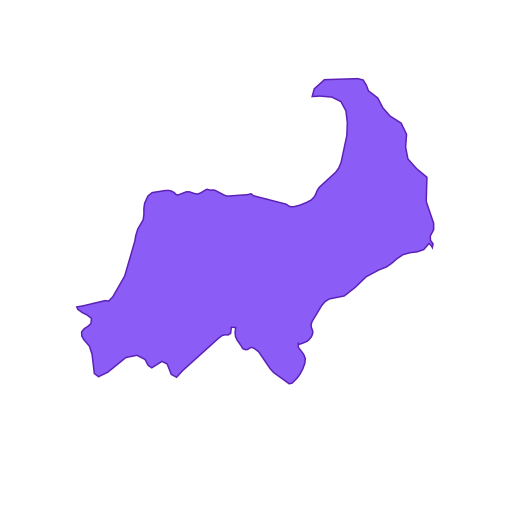 the border of Hatay, rotated 47°
{"feature_id": "TUR-2289", "entity_name": "Hatay", "entity_type": "Province", "adm_level": 1, "iso_a3": "TUR", "parent_name": "Turkey", "parent_adm1": "", "projection": "orthographic", "projection_center": [36.26, 36.42], "detail": "fine", "context": "isolated", "style": "filled", "palette": "violet", "viewbox_px": 512, "rotation_deg": 47, "n_neighbors": 0, "source": "natural_earth", "source_scale": "10m", "svg_char_len": 2142}
<svg xmlns="http://www.w3.org/2000/svg" viewBox="0 0 512 512"><g transform="rotate(47 256 256)"><path d="M370.0,121.2L369.7,121.1L367.2,120.8L364.8,120.9L365.7,129.0L362.8,135.4L358.5,141.3L355.2,147.8L354.1,155.1L353.9,161.5L353.0,168.0L349.9,175.8L346.3,189.7L346.6,204.4L345.4,218.7L337.5,231.5L336.4,236.4L337.1,241.9L342.2,259.8L343.6,262.3L345.4,263.9L349.7,265.8L350.9,266.8L352.2,269.0L353.0,271.2L353.3,273.7L353.3,276.6L351.5,281.6L350.1,284.6L348.9,284.7L351.6,287.3L360.4,288.2L364.7,289.9L367.8,293.5L370.4,298.6L372.3,304.0L373.3,308.7L373.6,316.2L372.1,318.9L353.2,322.6L348.1,322.5L327.9,319.4L323.0,320.2L320.0,321.3L319.0,323.4L318.7,325.8L317.4,327.6L315.2,328.7L313.7,328.7L312.1,328.2L304.8,327.2L301.1,326.0L297.8,323.6L294.4,319.6L291.3,322.7L295.2,327.2L294.8,330.1L292.6,332.3L291.1,334.8L290.6,339.6L289.8,387.4L290.5,396.8L284.8,398.7L274.3,394.6L269.0,396.7L268.9,396.8L266.7,408.5L262.4,409.5L256.0,407.7L247.4,410.8L241.5,420.4L239.9,443.7L236.9,453.5L236.2,453.6L231.7,454.4L216.2,443.0L208.2,439.3L199.9,439.0L195.7,438.0L192.6,435.3L192.0,431.3L192.8,427.0L192.8,422.7L189.4,418.9L184.2,419.7L178.8,421.7L173.5,422.7L171.0,421.8L174.0,417.3L185.7,396.8L188.5,394.4L188.2,388.6L181.1,365.7L162.5,334.5L158.8,329.6L155.6,324.0L152.6,313.8L148.9,309.4L144.6,305.4L141.4,301.4L138.4,294.0L138.8,288.7L146.1,277.9L148.4,275.2L151.0,273.5L153.8,272.6L157.0,272.4L158.3,271.2L161.5,263.2L163.7,260.9L168.4,258.4L170.8,256.5L172.1,253.5L173.6,246.5L176.8,244.4L178.0,242.8L179.9,241.2L190.3,237.5L192.6,236.2L205.2,220.6L207.2,217.1L210.0,216.9L238.5,198.7L242.7,197.7L245.5,195.2L248.7,189.3L251.3,182.5L252.7,177.4L252.5,173.2L251.5,170.1L250.1,167.2L249.0,163.7L248.9,161.4L249.1,140.6L248.1,135.5L245.5,129.8L229.9,107.5L220.8,98.3L211.1,91.2L201.0,88.6L191.6,92.1L182.6,100.2L177.7,106.2L173.5,99.4L173.7,85.7L195.5,60.8L200.3,57.6L206.0,58.7L211.9,61.1L223.5,59.2L234.3,62.2L245.3,62.5L257.8,59.2L269.7,62.9L278.4,72.3L288.6,78.7L301.8,79.0L315.0,77.3L332.2,94.3L353.3,103.8L357.9,108.1L360.2,114.8L363.5,117.7L367.8,118.2L370.0,121.2L370.0,121.2Z" fill="#8b5cf6" stroke="#5b21b6" stroke-width="1.5"/></g></svg>